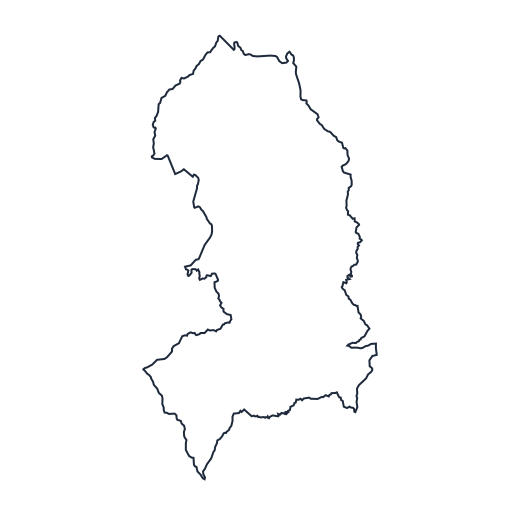 the district of La Vega, Cundinamarca, Colombia, rotated 178°
{"feature_id": "7082276B26976888039358", "entity_name": "La Vega", "entity_type": "district", "adm_level": 2, "iso_a3": "COL", "parent_name": "Colombia", "parent_adm1": "Cundinamarca", "projection": "natural_earth1", "projection_center": [-74.344, 4.982], "detail": "fine", "context": "isolated", "style": "outline", "palette": "slate", "viewbox_px": 512, "rotation_deg": 178, "n_neighbors": 0, "source": "geoboundaries", "source_scale": "gbopen_adm2", "svg_char_len": 6085}
<svg xmlns="http://www.w3.org/2000/svg" viewBox="0 0 512 512"><g transform="rotate(178 256 256)"><path d="M322.0,42.7L319.1,39.5L316.9,35.7L315.2,34.7L314.7,36.5L316.3,39.8L316.4,42.7L314.5,45.0L312.3,49.6L307.9,55.2L305.3,61.8L304.1,63.2L303.5,66.6L301.6,70.2L301.1,73.0L298.5,74.4L296.2,76.9L294.5,79.9L293.5,80.4L292.1,80.2L291.5,81.3L288.9,83.3L288.5,84.8L286.6,87.1L285.2,92.0L285.1,96.2L283.7,99.3L278.6,99.6L277.0,101.8L275.9,100.6L273.2,103.0L265.9,96.0L263.6,96.5L262.7,95.8L261.2,95.8L260.3,96.3L259.5,95.0L258.6,95.3L257.2,94.5L253.7,94.8L252.5,94.0L251.7,94.6L250.7,94.5L250.0,95.3L249.5,93.7L248.7,93.4L247.9,94.7L245.0,96.1L239.4,95.0L238.8,95.7L239.4,97.4L237.3,96.7L236.0,98.3L234.2,97.7L233.4,98.0L232.3,96.9L231.2,96.9L230.6,97.6L231.7,98.5L231.8,99.1L229.1,98.9L229.3,100.2L227.5,100.8L226.8,104.1L223.8,105.3L223.1,106.3L222.8,107.7L221.4,108.2L220.7,111.1L218.6,110.8L216.5,111.8L215.0,110.2L213.3,111.9L207.9,112.6L206.1,111.4L199.3,111.0L195.2,112.9L193.8,112.6L191.3,114.5L188.2,113.1L187.5,114.6L186.1,115.0L185.3,116.3L181.5,116.3L180.0,116.9L178.1,112.4L177.6,111.8L176.3,111.6L176.0,109.2L174.4,108.1L173.5,102.3L170.3,100.9L167.7,102.2L166.6,101.3L164.3,100.9L163.4,99.8L163.1,96.9L162.2,96.5L160.0,101.4L160.6,106.6L159.8,110.7L160.5,112.4L159.6,115.1L159.7,119.7L159.3,120.8L157.5,123.5L150.3,129.8L148.1,133.8L145.0,136.1L143.9,137.6L143.7,139.0L144.2,140.1L146.2,141.8L146.3,147.8L143.2,152.0L138.8,153.0L139.4,159.7L139.2,164.3L144.1,164.1L147.1,162.5L149.6,162.1L152.6,160.5L154.6,160.1L158.0,160.9L163.9,161.0L166.2,162.9L167.8,163.2L166.7,164.3L162.5,165.9L159.3,165.5L158.0,166.6L156.1,167.3L155.6,168.5L154.4,168.9L153.6,170.4L150.4,171.9L147.3,177.2L145.2,179.4L147.5,183.0L149.0,183.8L150.5,187.3L153.6,190.0L153.0,191.5L153.4,193.7L155.5,196.1L156.3,202.6L157.2,202.5L158.5,203.5L159.8,203.7L161.3,205.2L163.3,209.1L164.8,210.1L165.0,212.3L167.2,214.1L168.5,218.6L170.5,220.2L171.4,221.9L170.6,223.0L169.6,226.8L166.7,225.6L166.2,226.6L166.7,229.1L163.3,229.7L165.4,231.6L165.3,232.9L163.4,234.0L162.1,232.0L160.8,232.3L160.9,233.2L162.0,234.2L161.3,236.7L162.0,239.2L161.8,240.5L160.8,242.2L159.6,242.5L158.1,243.8L156.2,243.9L154.6,246.5L154.4,247.7L155.3,250.5L154.7,253.5L155.8,255.8L155.3,258.0L154.1,259.5L154.1,261.5L152.7,262.9L153.8,264.2L153.9,265.1L153.6,265.7L151.7,266.0L149.7,267.9L150.0,268.6L151.8,269.7L151.6,271.5L152.9,274.6L155.1,275.6L155.5,276.4L154.6,281.0L151.9,283.5L151.9,284.0L154.0,286.1L156.1,287.1L156.2,290.2L158.0,289.8L160.9,293.4L162.7,294.1L162.4,297.5L163.4,298.7L164.3,301.0L163.7,302.8L163.7,308.3L161.9,314.4L162.1,316.9L160.9,318.9L161.0,320.8L158.7,322.3L157.9,323.6L157.8,327.9L158.7,331.5L158.6,334.1L165.1,336.3L166.2,337.7L167.3,342.2L166.3,343.2L162.6,344.9L160.2,347.8L159.6,350.1L161.0,353.8L161.0,358.2L162.9,360.7L164.0,360.4L165.0,361.0L166.1,366.2L169.7,367.7L170.9,369.1L171.7,372.0L174.2,373.5L177.5,377.4L179.8,378.1L183.4,380.6L185.7,384.5L187.8,386.0L190.3,389.6L190.2,390.6L188.6,392.4L189.6,395.6L196.2,400.7L198.3,404.5L200.3,406.7L199.9,408.7L200.2,409.7L204.0,410.2L205.4,410.9L206.0,413.6L205.7,420.2L206.9,427.0L209.7,436.5L209.8,438.5L209.1,443.8L212.1,447.6L211.2,450.2L211.3,453.4L211.7,454.6L212.3,455.5L213.3,455.8L215.4,459.0L217.7,457.2L219.1,454.2L218.9,452.5L217.2,449.8L218.9,448.2L223.1,447.8L225.9,449.9L228.0,454.1L229.6,455.2L234.9,455.8L247.6,455.4L252.2,456.0L254.3,457.5L256.1,458.0L259.7,457.2L261.2,458.5L262.0,461.2L263.5,462.4L264.3,464.7L266.5,466.6L267.3,470.1L268.2,470.5L269.8,470.3L270.5,469.4L270.1,464.5L270.5,463.1L271.0,462.8L284.4,477.3L285.3,477.2L286.0,476.4L286.8,472.3L288.2,470.8L289.6,467.0L291.7,465.3L294.8,461.2L297.3,461.2L299.4,458.9L302.2,454.1L304.6,452.8L306.3,449.9L309.0,447.7L309.7,445.9L311.8,443.4L312.6,440.2L316.3,439.1L317.5,437.8L321.8,435.9L324.2,436.6L325.8,434.1L325.5,432.7L326.2,431.0L330.5,429.2L333.5,425.8L336.8,425.4L339.3,422.7L341.1,419.2L344.9,417.3L346.5,412.3L348.0,411.1L348.8,403.4L350.6,399.2L352.2,397.5L352.0,394.7L353.6,393.5L354.6,390.7L353.9,388.3L353.3,387.8L352.1,387.8L351.7,386.9L353.1,383.3L352.5,379.8L354.6,376.3L354.2,371.8L355.0,368.4L353.9,362.0L355.1,360.1L356.6,359.3L356.6,358.2L353.8,356.6L347.0,356.2L341.4,359.8L340.7,359.3L333.9,340.7L327.7,343.3L325.1,345.2L316.4,337.4L315.2,339.5L313.9,339.1L311.8,337.0L310.9,335.7L310.6,333.9L311.5,330.0L312.4,328.5L312.6,325.7L316.8,312.6L316.1,306.9L315.5,306.3L311.9,307.6L310.3,306.6L308.9,304.0L307.5,302.8L304.2,296.6L303.9,294.9L301.0,290.3L299.4,289.1L299.0,287.6L299.0,281.9L299.8,278.7L301.4,275.9L306.9,268.9L313.1,255.4L313.6,254.8L316.3,254.3L321.6,248.9L327.3,247.8L326.4,245.1L324.9,244.6L324.1,243.7L325.1,240.1L324.3,238.4L323.4,238.7L321.0,241.4L321.0,244.4L320.2,245.1L316.8,244.9L315.7,243.4L314.3,244.5L313.1,241.7L313.3,240.4L312.9,238.2L313.6,235.5L312.9,234.1L310.1,235.4L308.4,235.1L306.5,236.5L306.3,237.8L305.6,238.5L301.9,237.5L300.5,239.9L297.9,240.0L297.0,239.4L294.7,233.4L295.2,232.3L298.4,231.2L298.4,225.7L296.9,222.0L294.7,219.5L294.4,217.3L295.1,214.8L294.1,213.8L293.6,212.1L292.1,210.4L293.6,208.0L292.4,205.8L290.3,204.3L290.5,201.9L290.1,201.3L287.1,198.9L283.4,197.9L282.8,193.6L283.9,192.3L284.8,190.2L286.1,190.6L289.5,189.8L290.2,188.8L291.5,188.6L294.1,184.5L297.6,183.4L298.5,182.1L300.9,183.4L304.9,183.2L306.7,184.2L310.1,180.8L314.0,181.0L315.2,179.9L318.3,179.0L319.1,179.5L320.0,181.2L322.0,181.1L323.9,182.0L327.1,180.5L327.6,178.8L329.8,179.2L332.5,178.4L336.1,171.5L341.5,168.8L343.2,166.3L343.3,163.4L348.5,157.9L351.1,156.3L358.5,155.7L363.6,151.0L368.9,148.4L370.8,148.0L373.2,146.3L372.4,146.4L371.3,145.5L368.8,142.1L367.2,141.0L365.3,138.7L365.1,137.2L363.3,134.0L362.6,130.8L359.4,126.9L357.9,122.6L354.9,119.7L354.4,116.8L354.8,111.3L353.5,107.7L353.6,105.3L352.8,102.7L350.5,102.4L348.6,101.2L342.8,101.3L341.1,99.6L341.0,96.7L340.4,95.1L336.9,93.8L336.2,91.2L333.8,88.9L333.1,85.6L334.2,82.7L334.1,78.8L333.6,77.1L331.9,74.5L332.6,71.7L332.9,64.7L329.9,58.5L327.2,56.7L325.5,56.5L325.3,49.7L324.5,48.0L322.9,47.4L322.0,42.7Z" fill="none" stroke="#1e293b" stroke-width="2"/></g></svg>